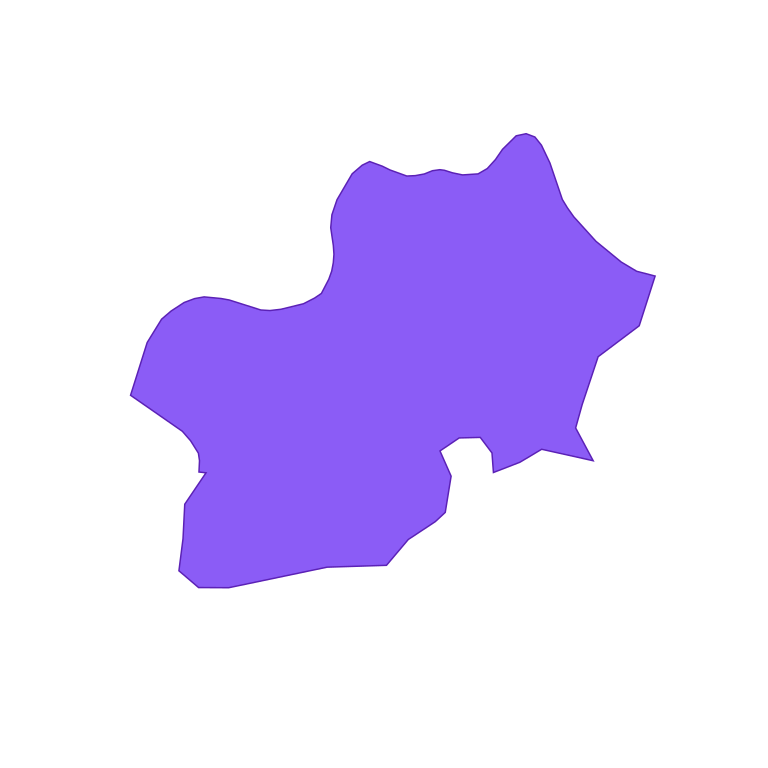 Montevideo, Robinson projection, rotated 318°
{"feature_id": "URY-21", "entity_name": "Montevideo", "entity_type": "Department", "adm_level": 1, "iso_a3": "URY", "parent_name": "Uruguay", "parent_adm1": "", "projection": "robinson", "projection_center": [-56.197, -34.827], "detail": "fine", "context": "isolated", "style": "filled", "palette": "violet", "viewbox_px": 768, "rotation_deg": 318, "n_neighbors": 0, "source": "natural_earth", "source_scale": "10m", "svg_char_len": 1155}
<svg xmlns="http://www.w3.org/2000/svg" viewBox="0 0 768 768"><g transform="rotate(318 384 384)"><path d="M657.7,485.2L612.6,511.5L561.4,507.0L517.5,531.9L497.0,544.9L488.1,581.0L457.5,538.0L432.7,533.1L406.1,523.0L418.1,507.5L419.8,488.1L403.8,474.4L380.8,471.2L372.2,497.4L343.6,520.4L330.0,520.6L298.0,515.8L264.5,520.4L219.1,482.0L132.3,431.5L110.0,411.2L106.6,385.6L131.1,364.5L155.5,340.0L192.3,330.9L187.6,325.6L195.6,317.5L199.8,311.2L202.3,296.7L202.5,284.2L188.1,222.8L235.8,194.7L262.1,187.0L274.5,187.3L290.0,189.7L300.4,193.8L308.6,198.9L320.1,211.4L325.2,218.0L342.0,246.6L348.4,253.1L357.4,259.5L377.9,270.5L390.0,273.7L398.1,274.8L413.1,269.2L420.7,265.1L427.4,260.0L433.6,254.1L439.0,247.2L449.0,232.2L458.5,223.4L472.4,215.6L501.0,206.5L514.2,206.8L522.2,209.1L528.5,221.0L531.7,229.0L540.1,244.7L546.7,250.1L554.5,254.9L562.7,257.9L568.9,262.1L571.9,265.6L576.2,272.9L582.3,281.2L594.5,290.8L604.9,293.0L616.9,291.8L629.1,288.9L648.3,288.0L657.1,293.1L661.4,301.4L660.8,311.9L655.2,330.8L640.0,366.2L638.2,375.7L636.9,386.8L637.0,419.8L641.9,452.1L647.2,469.3L657.7,485.2Z" fill="#8b5cf6" stroke="#5b21b6" stroke-width="1.5"/></g></svg>